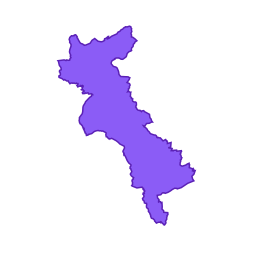 outline of Pestisani, Gorj, Romania, rotated 347°
{"feature_id": "2599482B71789206417746", "entity_name": "Pestisani", "entity_type": "district", "adm_level": 2, "iso_a3": "ROU", "parent_name": "Romania", "parent_adm1": "Gorj", "projection": "equal_earth", "projection_center": [23.026, 45.127], "detail": "fine", "context": "isolated", "style": "filled", "palette": "violet", "viewbox_px": 256, "rotation_deg": 347, "n_neighbors": 0, "source": "geoboundaries", "source_scale": "gbopen_adm2", "svg_char_len": 5823}
<svg xmlns="http://www.w3.org/2000/svg" viewBox="0 0 256 256"><g transform="rotate(347 128 128)"><path d="M180.3,194.3L179.5,192.3L179.4,189.4L181.8,187.9L183.8,184.7L183.4,184.7L183.0,184.2L182.7,183.2L182.2,184.8L181.9,184.7L182.0,184.2L181.3,184.1L182.0,182.9L181.8,182.3L181.6,182.4L180.2,181.2L178.8,180.4L179.7,177.7L179.4,177.6L179.6,176.1L177.7,176.4L175.9,177.1L172.2,177.4L171.0,176.5L170.4,175.6L171.1,173.3L171.7,172.7L171.8,172.0L172.1,171.4L171.9,171.0L172.8,170.6L173.6,169.3L173.2,169.3L173.4,168.1L173.4,166.7L172.9,165.2L173.3,164.6L173.6,164.8L173.8,164.4L173.6,164.0L174.9,162.9L174.9,162.1L170.4,161.6L170.4,160.5L166.8,159.9L166.8,160.3L165.0,159.8L166.4,157.9L162.8,156.3L165.3,156.2L166.7,151.8L162.9,152.0L163.3,150.5L162.8,149.8L163.1,149.4L162.3,148.5L162.1,147.7L159.2,148.4L157.3,144.9L155.9,144.5L155.1,143.8L154.6,144.1L154.1,143.8L153.9,142.0L153.2,141.1L151.8,140.6L148.9,138.8L148.2,138.0L148.1,137.2L147.4,135.9L146.6,134.9L146.4,133.4L145.7,132.7L145.5,131.9L144.8,131.0L144.1,130.7L143.5,129.2L144.4,129.7L145.1,129.6L147.1,127.8L149.9,128.2L152.2,127.5L153.2,127.7L152.6,126.3L152.5,124.4L151.7,122.9L152.0,119.5L147.8,115.8L147.2,114.6L145.3,114.5L144.8,115.0L143.9,113.8L143.5,113.7L143.5,113.4L142.6,113.3L141.7,112.8L140.7,111.2L140.9,110.8L140.2,109.3L140.6,108.9L140.7,108.1L141.4,107.6L141.8,105.3L141.3,104.4L140.0,104.1L138.6,103.0L138.6,101.6L139.2,100.8L138.0,99.9L138.3,99.4L137.3,97.6L137.9,96.4L138.5,94.1L138.8,93.8L138.1,93.6L136.9,92.6L135.8,92.6L137.2,91.1L137.1,90.1L138.5,89.2L138.7,87.8L139.6,86.9L139.7,86.0L139.4,85.0L137.3,83.5L140.0,81.1L141.1,79.4L140.0,78.7L139.7,78.2L132.5,76.2L131.3,73.9L131.5,70.7L130.9,67.1L129.9,65.9L127.6,64.7L126.1,61.6L126.5,60.2L127.7,58.8L130.7,58.0L130.5,57.5L131.0,57.3L132.4,57.2L134.4,57.6L135.4,58.1L136.7,59.4L138.0,59.8L138.6,59.8L141.9,58.4L142.5,57.9L144.0,55.2L146.0,53.9L148.3,53.6L148.9,53.3L148.7,52.9L149.6,50.7L151.2,49.8L152.1,47.6L153.4,46.9L154.0,45.9L156.3,45.0L154.9,42.8L153.0,40.6L151.8,40.0L152.4,38.0L152.2,37.4L152.2,36.3L153.4,34.9L153.4,33.0L153.9,32.1L153.4,30.6L153.5,29.9L152.3,29.1L149.9,29.3L148.3,28.8L147.6,29.3L147.1,29.2L146.0,29.7L144.9,30.6L143.6,30.6L141.7,32.0L139.9,32.3L138.3,33.8L132.6,34.9L130.2,36.2L128.1,36.5L128.3,36.0L129.5,35.0L129.7,34.4L129.3,34.3L126.8,35.6L125.3,35.8L124.7,37.0L124.8,37.4L122.8,38.0L121.3,38.0L118.3,36.7L115.7,33.3L112.6,34.5L110.2,36.9L105.3,37.7L104.1,37.6L104.0,37.2L103.3,36.8L102.8,36.0L101.1,35.0L100.4,34.0L99.2,30.0L99.2,29.3L98.8,28.9L98.7,27.8L99.0,27.5L98.0,25.4L97.0,25.3L96.3,25.9L95.8,25.6L95.1,25.9L93.7,25.4L91.7,26.6L90.6,28.4L90.8,30.4L90.4,31.4L91.3,33.7L90.9,35.4L88.9,38.6L88.1,40.7L88.2,42.4L88.6,44.2L87.9,44.9L88.2,46.7L87.3,47.1L86.4,48.8L85.0,48.6L83.6,47.9L83.2,47.9L82.9,48.3L82.5,48.2L81.1,47.3L74.9,46.7L75.2,47.4L75.2,51.6L76.2,53.9L76.2,55.7L75.9,56.3L74.9,56.3L74.2,56.7L73.8,57.9L74.4,58.6L74.2,59.6L74.4,60.2L73.7,61.4L72.4,61.7L72.2,62.4L72.2,63.2L75.0,65.2L76.2,66.9L77.2,66.6L78.9,68.4L80.4,68.7L80.4,69.5L81.4,71.8L81.8,71.5L83.5,71.5L84.3,72.0L85.6,72.1L86.8,72.9L87.9,72.7L88.5,73.4L89.2,73.4L89.3,73.9L87.8,75.0L88.6,75.9L88.1,76.3L88.3,76.7L90.0,76.3L91.0,76.6L91.5,76.1L92.0,77.0L93.0,76.2L93.5,76.6L93.8,77.1L93.1,78.1L92.4,78.3L92.3,79.7L91.2,80.2L91.8,80.7L92.8,80.7L93.6,82.1L93.4,82.3L92.5,82.4L92.1,83.0L91.4,83.4L91.7,84.4L93.7,84.7L94.1,84.1L95.0,84.7L96.9,84.7L97.2,85.0L97.2,86.0L98.5,86.3L99.8,86.2L101.1,87.4L101.1,87.7L100.5,87.6L99.8,87.9L99.5,88.9L97.6,89.5L92.5,92.9L91.8,94.0L89.5,96.3L88.8,97.6L87.6,101.7L86.7,103.7L83.2,106.7L82.8,107.3L82.8,108.2L82.1,109.5L82.0,111.9L82.3,112.5L82.2,113.0L83.3,114.1L83.3,114.6L83.8,115.1L84.1,116.1L84.0,116.8L84.4,117.4L84.3,118.2L85.1,118.5L84.5,119.3L85.0,119.9L84.7,120.7L85.2,122.0L85.0,123.0L85.8,123.8L85.8,125.9L87.0,125.9L87.8,125.3L88.1,125.7L88.7,125.4L91.4,125.3L94.5,123.8L96.4,123.6L98.4,123.7L99.3,124.3L100.6,124.5L101.6,125.1L102.8,125.3L105.1,127.3L105.6,128.0L104.9,129.5L104.8,131.6L105.7,132.0L106.0,132.9L107.0,134.3L107.1,134.1L108.5,134.6L109.6,134.4L110.3,134.8L113.6,137.7L115.3,139.8L116.4,141.7L120.2,144.9L120.1,146.7L117.8,149.5L117.9,150.6L118.3,151.1L118.0,152.4L118.4,152.5L118.0,153.7L118.5,153.7L119.1,155.3L119.9,159.6L120.9,162.3L122.6,164.5L122.3,165.6L121.4,166.2L120.9,167.9L121.6,168.5L121.5,169.3L121.8,170.4L121.8,171.5L119.9,173.4L120.0,174.1L120.6,175.6L122.3,177.7L121.7,178.2L121.7,178.9L120.8,179.2L120.8,179.5L120.2,179.8L120.0,180.4L120.2,180.8L120.0,181.2L120.2,182.3L119.8,183.3L119.8,183.9L118.6,185.0L119.1,185.6L123.2,188.4L128.4,188.8L128.6,189.6L129.5,190.3L128.9,191.0L129.2,191.3L129.2,191.6L129.8,191.9L129.7,192.4L130.0,192.9L129.6,192.9L129.6,193.8L129.0,194.5L129.1,195.2L128.7,195.1L128.8,195.3L128.5,195.7L128.1,195.3L127.6,195.7L128.2,196.8L128.2,198.2L127.6,199.0L126.3,199.9L126.3,200.8L126.5,201.9L127.2,202.6L127.3,203.8L127.1,204.6L128.1,205.4L129.1,205.6L129.1,206.5L128.4,208.2L128.2,209.2L128.4,210.1L129.4,211.1L129.4,213.4L129.1,213.9L129.9,215.5L130.2,216.7L130.1,217.3L130.5,218.0L130.2,218.9L130.5,221.1L131.4,221.8L131.9,221.8L133.1,223.7L133.0,224.7L133.4,225.1L133.9,226.4L134.4,226.6L134.4,227.0L136.4,226.7L137.7,227.0L138.9,226.6L139.3,227.1L138.9,227.7L139.6,227.8L140.8,229.6L141.6,230.1L141.3,230.4L141.8,230.7L143.4,229.3L143.7,228.6L143.6,227.2L145.3,225.5L145.4,224.3L146.2,222.9L146.3,222.1L147.4,221.4L147.7,219.7L147.7,219.4L143.9,218.2L144.1,216.6L142.9,214.7L143.6,212.5L144.3,208.3L143.5,208.5L143.1,207.7L143.2,207.1L141.8,206.7L141.2,206.9L141.3,206.2L142.1,205.3L141.7,205.1L141.9,204.3L141.1,203.0L141.3,200.2L144.9,200.4L146.9,199.0L147.8,199.0L148.2,199.4L148.7,199.3L149.5,200.0L152.4,199.7L155.3,198.8L157.3,197.9L159.9,197.2L162.2,197.9L162.3,198.4L166.4,198.1L173.8,195.3L180.3,194.3Z" fill="#8b5cf6" stroke="#5b21b6" stroke-width="1.5"/></g></svg>